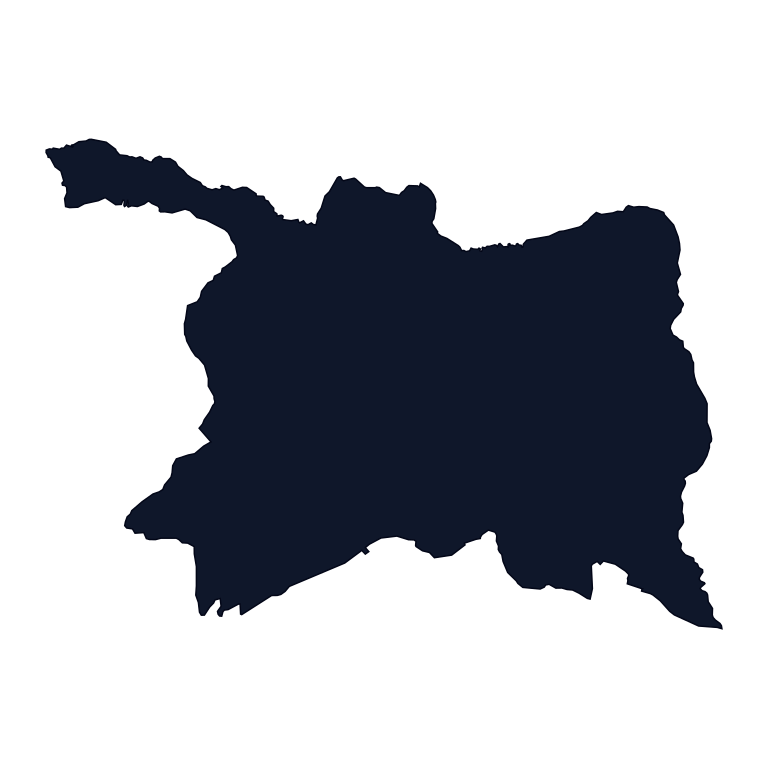 Moreni, Dâmbovita, Romania
{"feature_id": "2599482B38559209444692", "entity_name": "Moreni", "entity_type": "district", "adm_level": 2, "iso_a3": "ROU", "parent_name": "Romania", "parent_adm1": "Dâmbovita", "projection": "robinson", "projection_center": [25.624, 44.986], "detail": "fine", "context": "isolated", "style": "filled", "palette": "ink", "viewbox_px": 768, "rotation_deg": 0, "n_neighbors": 0, "source": "geoboundaries", "source_scale": "gbopen_adm2", "svg_char_len": 6095}
<svg xmlns="http://www.w3.org/2000/svg" viewBox="0 0 768 768"><path d="M721.9,628.7L721.4,625.6L720.0,623.5L715.3,620.0L713.1,617.5L712.3,615.0L712.5,608.4L708.2,601.7L707.6,595.0L706.8,593.1L705.0,591.6L702.1,590.7L700.2,588.7L700.6,587.5L704.9,583.7L704.4,582.7L700.6,581.1L699.2,579.1L699.6,577.1L702.8,572.2L702.5,569.7L698.8,567.6L697.4,564.0L694.0,562.0L693.8,559.1L693.2,558.1L685.3,554.9L682.2,551.5L680.6,548.7L681.4,543.8L678.1,538.9L677.7,536.1L678.0,530.6L682.4,524.6L683.5,522.2L683.0,515.3L681.9,512.2L682.7,503.2L680.7,498.5L680.5,496.1L681.5,492.1L684.6,486.0L685.4,483.3L685.2,481.1L683.9,479.4L684.0,478.1L688.7,474.5L696.4,471.2L702.4,464.1L706.9,455.7L709.4,447.6L709.4,443.7L711.3,441.2L711.6,438.7L710.1,430.3L707.0,422.6L707.1,403.7L704.9,398.3L696.6,384.1L694.4,376.8L693.6,372.0L693.5,362.8L692.0,359.9L690.8,354.5L688.9,351.7L684.1,348.5L683.3,347.0L682.8,341.2L679.4,339.8L676.5,337.0L673.0,335.1L670.2,328.6L670.7,325.2L673.7,319.3L680.7,311.9L681.3,308.5L683.1,305.3L683.3,303.6L677.7,295.5L677.5,294.3L678.5,291.6L676.3,282.4L677.2,279.6L680.5,274.4L677.3,263.0L680.0,250.0L679.5,243.6L678.1,236.9L673.6,225.0L664.5,214.9L663.7,212.5L657.5,210.0L649.9,208.5L647.2,207.0L638.8,206.6L633.7,207.2L628.4,205.6L626.2,207.2L623.3,211.7L617.5,211.3L613.0,212.9L601.5,214.5L596.3,212.5L590.7,217.4L588.1,220.7L583.8,223.7L582.5,225.4L579.3,227.1L563.9,231.0L559.4,231.5L549.1,236.3L526.9,240.1L523.4,244.1L522.8,247.2L521.9,247.4L521.2,245.3L519.0,245.0L517.7,243.6L516.5,244.0L515.9,245.6L515.1,246.1L512.6,245.2L509.9,245.3L510.1,244.1L509.2,243.6L508.1,244.3L508.0,247.1L506.9,246.6L503.4,246.9L500.0,243.5L498.9,243.9L497.4,246.8L496.5,245.4L494.9,244.8L489.4,246.4L487.1,246.3L485.3,247.9L482.5,247.3L482.1,248.4L482.5,249.5L481.6,251.3L480.3,251.1L479.8,250.5L480.4,249.0L479.0,248.1L477.8,249.3L473.4,249.0L471.1,248.1L469.6,250.8L466.0,251.6L463.9,250.5L461.6,250.6L459.9,247.2L458.3,245.6L446.9,238.4L440.8,236.0L437.3,233.3L437.7,231.9L431.9,223.4L432.1,221.3L433.8,218.8L435.6,208.6L435.4,203.5L435.8,202.0L435.3,199.5L433.5,195.1L430.7,190.8L427.5,187.6L420.5,183.3L419.3,186.9L417.6,185.9L408.9,185.6L406.8,187.2L404.2,190.7L401.5,192.5L399.4,195.4L385.6,192.6L379.4,187.6L376.6,187.1L375.2,187.7L366.6,187.7L364.5,187.1L355.6,179.0L354.1,178.2L343.5,180.7L342.3,180.1L340.4,176.8L338.9,176.8L337.4,177.8L329.4,191.7L325.0,196.0L321.2,208.2L317.5,214.0L317.2,216.1L317.6,218.1L315.9,224.9L313.3,224.5L311.3,222.9L308.0,224.7L305.9,224.1L303.5,220.8L299.6,222.8L298.9,222.3L297.9,219.5L291.2,220.7L283.0,219.6L282.4,218.9L283.1,216.7L282.6,215.7L281.1,215.2L277.2,216.1L276.8,213.7L273.7,211.6L273.7,208.2L270.2,204.5L268.1,201.1L265.1,200.1L264.1,197.0L263.1,196.3L257.1,196.1L256.2,195.5L256.1,193.8L246.7,187.5L242.4,187.3L233.9,190.1L231.0,188.7L228.7,186.6L225.9,186.7L221.9,185.5L220.9,186.5L222.8,188.0L219.4,189.7L215.8,188.6L212.1,189.8L206.8,188.3L205.4,186.9L202.4,185.7L200.3,182.5L192.0,178.4L187.0,174.9L183.4,170.6L177.9,166.3L175.5,162.1L169.9,158.6L162.5,158.6L161.2,157.0L159.4,156.3L155.2,158.0L152.7,160.3L152.3,161.8L150.0,162.1L146.4,160.3L144.0,160.0L142.6,157.9L140.0,156.8L136.0,158.3L132.0,156.8L129.7,157.0L127.0,155.7L119.6,154.9L116.1,150.8L115.6,149.3L106.2,142.2L91.3,139.3L89.2,139.4L86.1,141.0L78.9,141.7L73.7,144.7L71.6,145.1L71.2,145.8L71.7,146.5L72.7,146.3L73.0,146.7L72.5,147.0L66.5,145.1L63.8,148.2L61.4,148.1L59.7,149.3L53.2,148.1L52.5,149.2L49.4,148.9L46.2,150.1L46.1,152.6L47.9,155.7L48.1,157.2L50.3,157.8L55.1,166.8L60.9,171.1L63.8,181.0L62.0,183.1L62.5,185.2L65.1,185.6L66.6,187.1L67.0,192.8L64.6,198.6L65.6,206.6L69.5,207.6L77.9,207.2L84.4,203.7L98.2,200.7L105.2,197.6L115.7,204.7L121.3,204.4L122.8,200.3L123.9,200.2L124.4,201.3L123.9,205.3L124.5,206.5L126.3,205.4L127.6,199.8L128.4,203.2L127.7,206.4L128.3,207.0L131.5,205.8L137.4,206.5L144.2,204.0L147.9,201.3L149.1,201.3L152.0,203.5L158.1,206.2L159.5,208.2L159.3,210.9L160.6,211.9L164.9,211.8L172.1,212.9L185.1,209.1L190.2,210.8L197.0,217.5L205.9,219.8L224.8,229.5L228.1,232.4L230.3,236.2L231.4,239.8L235.4,245.1L237.6,255.6L236.5,257.9L233.6,259.6L232.1,261.7L225.2,267.0L222.3,268.5L221.3,272.8L214.5,276.2L213.2,280.4L208.0,282.8L201.6,291.3L200.3,297.3L197.2,301.8L187.6,305.6L185.6,319.4L184.4,323.7L184.7,334.4L185.8,336.4L186.8,341.0L191.5,350.0L195.5,355.9L198.8,358.2L204.5,365.0L208.4,378.5L208.3,386.1L214.0,396.0L214.1,398.8L214.9,401.5L214.4,403.8L212.8,405.5L209.7,412.0L204.3,419.7L202.6,424.0L199.1,428.2L211.0,441.9L203.7,446.1L194.7,453.7L188.3,455.0L176.4,458.9L172.7,465.7L172.1,472.8L171.0,477.2L164.6,484.9L162.8,489.5L159.1,491.9L153.0,494.0L142.3,501.6L131.8,510.6L130.3,514.1L127.2,516.8L125.4,521.9L124.7,525.7L126.7,528.0L132.5,528.9L135.0,533.2L143.8,532.6L146.4,538.6L149.5,539.5L155.5,539.6L160.9,538.2L176.3,538.2L178.8,539.5L182.3,542.8L187.7,543.1L194.2,546.6L194.3,553.9L196.4,566.6L196.4,586.0L195.8,595.1L198.4,602.5L199.5,612.2L201.3,615.2L204.4,615.1L209.7,607.0L213.6,603.0L215.0,599.9L220.2,598.5L221.1,606.3L217.5,611.4L218.1,614.2L219.6,616.0L221.7,616.2L222.9,611.7L224.3,610.1L228.1,609.6L238.6,604.0L240.1,604.1L240.6,614.1L241.7,614.6L271.6,595.5L277.4,595.4L280.9,594.4L285.1,591.4L289.3,586.4L344.8,563.0L361.8,550.4L365.3,554.1L368.8,551.6L365.3,547.6L369.4,544.2L381.0,538.0L396.9,536.1L408.5,539.7L414.0,539.9L416.0,541.3L415.6,545.4L416.0,546.5L422.5,550.8L429.5,552.5L434.4,557.7L451.7,555.1L465.0,544.9L464.3,543.2L475.9,539.3L480.3,538.5L480.5,537.0L482.1,534.5L488.4,530.1L494.9,532.1L496.0,533.7L496.8,535.7L496.4,541.0L498.5,546.0L498.3,549.5L499.5,551.9L501.8,554.5L503.1,561.5L507.7,572.5L516.3,580.9L517.9,583.4L522.8,587.4L540.2,589.0L544.3,587.1L545.6,585.0L549.1,584.3L555.8,588.1L561.8,588.0L567.0,589.5L572.6,590.0L579.1,593.2L587.3,598.4L590.1,599.1L592.4,588.6L591.3,565.9L592.3,564.2L597.2,561.4L600.2,564.4L603.4,561.0L615.3,564.2L625.5,571.1L628.6,574.3L628.6,575.7L627.5,578.4L627.9,580.7L627.3,583.8L642.6,588.9L641.9,589.5L641.6,591.1L650.4,593.6L653.0,595.0L660.3,600.8L669.7,611.3L674.3,614.9L698.6,626.0L717.3,627.4L721.9,628.7Z" fill="#0f172a" stroke="#020617" stroke-width="1.5"/></svg>